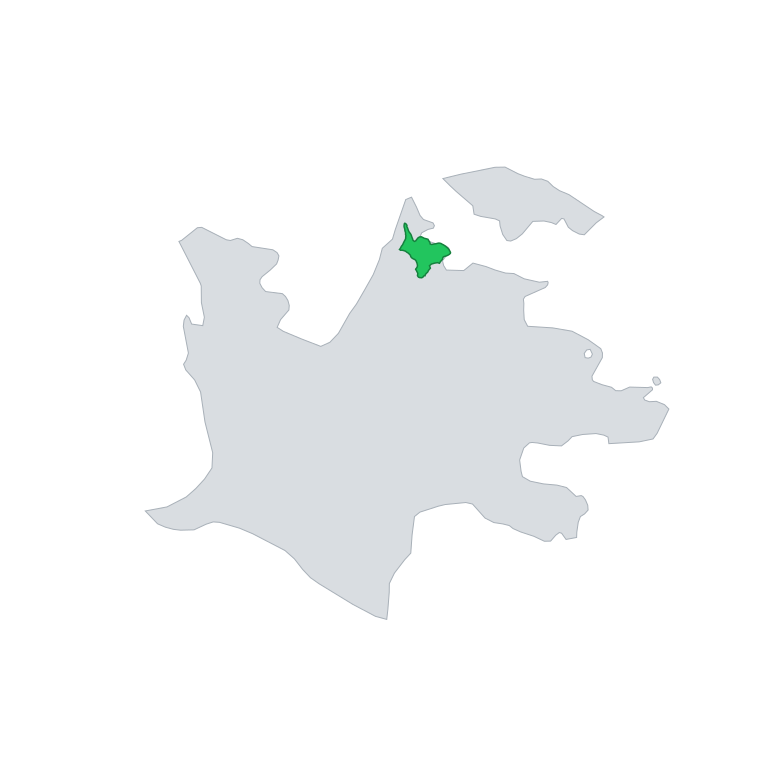 Qubadli District, Qubadli, Azerbaijan shown in context, rotated 155°
{"feature_id": "54616110B66639423042347", "entity_name": "Qubadli District", "entity_type": "district", "adm_level": 2, "iso_a3": "AZE", "parent_name": "Azerbaijan", "parent_adm1": "Qubadli", "projection": "mercator", "projection_center": [46.641, 39.301], "detail": "fine", "context": "in_parent", "style": "filled", "palette": "green", "viewbox_px": 768, "rotation_deg": 155, "n_neighbors": 0, "source": "geoboundaries", "source_scale": "gbopen_adm2", "svg_char_len": 4844}
<svg xmlns="http://www.w3.org/2000/svg" viewBox="0 0 768 768"><g transform="rotate(155 384 384)"><path d="M509.6,599.9L506.8,599.7L487.1,604.5L483.0,603.0L466.0,581.4L462.6,579.0L455.3,578.0L451.0,574.4L447.5,568.6L445.5,564.3L428.0,552.6L425.4,548.3L425.1,544.5L427.6,541.1L430.6,538.2L439.1,535.3L449.1,532.8L452.3,530.9L454.0,527.8L453.8,522.8L452.2,517.8L437.9,508.8L436.3,504.9L435.8,500.2L436.7,495.2L438.9,491.3L450.6,486.0L456.9,480.5L453.0,474.3L440.3,460.3L425.4,444.8L415.4,444.7L403.9,449.2L385.4,462.4L375.2,468.1L361.9,477.4L347.5,487.7L335.6,498.7L328.2,507.7L315.1,511.7L308.4,519.3L286.3,542.0L280.1,541.7L279.8,530.5L280.1,521.5L278.7,516.4L271.5,509.3L271.4,506.2L273.4,504.4L278.8,505.5L285.9,505.1L289.2,502.3L281.7,493.0L275.0,486.8L269.3,482.6L268.0,480.0L268.0,478.2L269.2,476.1L278.9,471.0L279.9,466.2L279.3,460.9L263.8,453.1L252.3,456.0L241.9,447.3L235.3,440.5L227.0,433.2L219.6,429.2L212.5,420.1L200.2,410.6L192.3,407.9L192.4,406.5L193.8,404.7L197.1,403.3L219.1,403.7L221.8,402.0L223.2,397.9L226.2,391.9L229.7,383.1L229.4,375.6L207.3,363.5L191.3,352.4L180.2,337.8L172.6,324.4L172.9,319.8L175.0,315.6L192.2,303.2L193.4,299.9L193.0,297.8L186.9,291.4L179.2,284.9L176.8,280.0L171.9,277.6L162.7,277.4L146.5,269.3L143.1,268.5L142.4,266.9L143.1,265.3L154.7,262.0L154.5,259.3L151.0,255.8L144.5,253.2L138.5,246.7L136.4,240.9L157.3,223.9L163.4,220.5L177.1,223.7L205.4,234.9L203.4,241.2L206.3,244.7L212.8,249.5L225.3,254.3L235.8,256.8L241.1,254.7L249.3,252.9L259.8,258.4L269.5,265.5L274.4,268.4L277.0,269.2L284.4,266.9L293.2,257.8L296.7,246.8L297.7,241.5L292.5,234.1L281.9,226.2L269.9,219.2L262.3,213.0L257.4,200.9L252.4,199.5L251.2,197.9L250.4,193.8L250.6,188.0L252.3,183.5L257.1,181.5L262.0,180.9L266.4,176.6L271.9,168.2L274.3,163.5L284.7,166.2L286.1,173.7L287.9,175.3L292.2,174.4L299.4,171.2L305.1,173.7L312.5,182.6L322.6,192.1L328.1,198.4L330.3,202.8L335.5,207.0L343.0,212.0L349.1,219.8L354.5,237.8L359.9,242.0L379.5,248.9L386.4,250.3L405.6,252.7L412.4,251.0L422.3,235.4L431.2,219.4L439.5,216.0L454.5,208.2L463.5,200.9L467.3,193.0L475.8,178.0L481.0,169.5L489.9,177.0L505.3,197.3L527.2,230.3L532.5,239.5L536.1,250.3L539.1,263.4L544.1,274.9L566.3,303.8L575.9,314.4L591.6,328.2L597.1,331.2L604.4,332.1L617.8,332.1L630.2,337.5L636.3,341.3L642.7,346.7L648.3,353.0L654.0,369.8L632.6,364.3L610.9,365.2L598.7,368.8L586.8,373.7L575.4,380.6L568.3,394.1L562.3,425.2L553.6,454.3L553.9,467.7L557.7,480.5L557.3,486.6L553.2,489.2L548.2,494.7L541.5,521.1L538.2,526.4L533.9,529.7L532.7,526.5L533.0,519.6L523.6,513.5L518.6,520.4L515.1,534.9L508.2,550.1L507.9,553.0L509.6,599.9ZM189.6,327.1L190.6,322.9L187.9,321.1L185.0,320.9L182.5,323.0L182.5,328.3L185.9,329.2L189.6,327.1ZM118.7,449.0L115.4,444.7L114.0,442.4L123.5,440.4L139.4,434.6L143.7,437.4L148.3,443.3L150.7,448.2L151.1,457.5L153.0,459.0L160.7,455.9L164.1,459.6L170.1,464.1L180.4,468.5L195.2,461.6L202.6,459.8L208.7,460.0L212.0,462.1L213.2,469.3L212.0,478.2L210.3,483.0L213.4,486.6L225.6,495.1L230.6,499.8L228.2,508.0L237.2,528.0L240.3,535.7L243.8,545.3L225.3,541.6L191.8,533.5L182.6,529.4L173.9,518.2L168.7,512.8L161.0,505.9L154.7,503.3L149.9,498.5L147.2,491.4L143.2,485.0L136.3,477.4L120.7,451.7L118.7,449.0ZM138.6,274.7L136.5,276.2L133.3,274.7L132.3,271.5L132.6,268.1L135.8,267.3L138.4,268.2L139.1,271.3L138.6,274.7Z" fill="#d9dde1" stroke="#a8b0b8" stroke-width="1"/><path d="M282.7,470.0L281.4,470.9L279.9,471.6L278.3,472.3L277.4,473.6L276.3,474.2L273.7,473.8L271.8,473.7L269.9,473.9L268.6,474.4L268.1,475.2L268.2,477.4L268.4,478.9L268.9,480.5L269.6,481.9L270.3,483.4L271.3,485.0L271.9,485.7L273.1,487.4L274.6,488.5L276.1,488.9L277.9,489.2L279.0,489.6L281.9,490.3L283.0,491.3L282.6,493.0L282.8,494.3L283.0,496.6L284.7,498.1L285.9,499.0L287.0,500.5L287.9,501.6L289.6,502.2L290.2,502.2L291.3,502.1L293.6,501.0L294.8,500.3L296.2,500.4L297.0,502.1L296.7,503.8L296.7,505.1L296.5,506.4L296.4,507.8L296.5,509.0L297.0,511.3L297.0,512.9L296.9,514.0L296.7,515.4L296.8,517.2L296.2,517.9L296.2,519.1L296.7,520.4L297.3,520.9L298.0,520.5L298.6,519.4L299.0,518.9L299.4,517.8L299.6,516.4L299.9,514.9L300.3,514.0L300.4,512.5L301.0,510.9L301.3,510.4L301.4,509.3L302.3,507.9L302.8,506.8L304.0,505.7L305.0,505.0L306.2,504.1L306.7,503.7L307.7,502.8L308.7,502.1L310.0,501.5L310.9,500.8L312.0,499.9L313.1,499.4L312.5,498.2L311.2,497.7L310.0,496.8L308.4,495.3L307.6,493.7L306.8,492.6L306.1,490.8L305.7,489.6L305.9,488.3L305.8,487.3L305.5,486.5L304.9,485.5L304.2,484.6L303.3,483.5L302.9,482.3L303.0,480.7L303.0,479.7L303.4,477.9L303.7,477.0L304.5,476.0L305.4,475.4L306.5,474.9L306.9,474.5L306.7,473.5L306.6,470.0L307.9,468.0L307.6,466.3L306.8,465.4L304.9,464.3L303.3,464.5L301.9,465.2L301.1,464.9L301.1,465.0L299.3,466.3L297.2,466.9L295.6,468.2L293.0,469.4L292.8,472.0L291.5,472.3L290.3,472.7L288.8,472.4L287.2,472.2L284.3,471.4L282.7,470.0Z" fill="#22c55e" stroke="#15803d" stroke-width="1.5"/></g></svg>